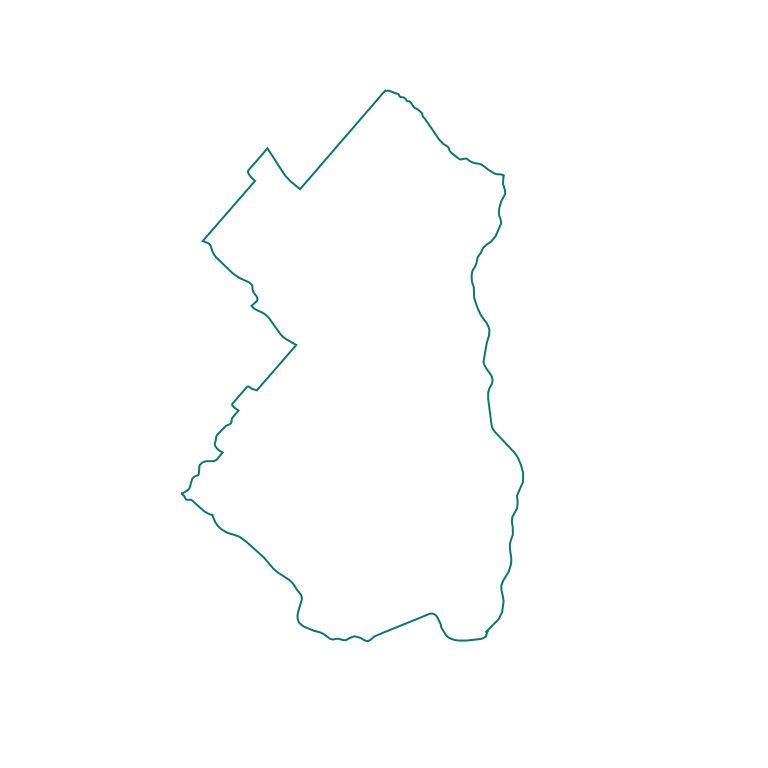 Lunda Norte, Equal Earth projection, rotated 311°
{"feature_id": "AGO-1874", "entity_name": "Lunda Norte", "entity_type": "Province", "adm_level": 1, "iso_a3": "AGO", "parent_name": "Angola", "parent_adm1": "", "projection": "equal_earth", "projection_center": [19.689, -8.666], "detail": "fine", "context": "isolated", "style": "outline", "palette": "teal", "viewbox_px": 768, "rotation_deg": 311, "n_neighbors": 0, "source": "natural_earth", "source_scale": "10m", "svg_char_len": 4498}
<svg xmlns="http://www.w3.org/2000/svg" viewBox="0 0 768 768"><g transform="rotate(311 384 384)"><path d="M485.4,141.4L483.0,149.9L480.1,159.7L478.5,165.4L476.4,173.0L475.7,179.5L475.8,186.0L476.0,192.9L480.8,192.8L488.3,192.8L495.8,192.8L503.3,192.8L510.8,192.7L518.3,192.7L525.8,192.7L533.3,192.6L540.7,192.6L548.3,192.6L555.7,192.6L563.2,192.5L570.8,192.5L578.2,192.5L585.8,192.5L593.3,192.4L600.8,192.4L604.2,192.4L606.3,192.5L606.3,192.9L606.7,193.6L607.3,193.9L608.1,194.6L608.8,195.7L611.1,202.3L611.7,203.2L612.2,204.5L612.0,205.6L611.5,206.6L611.2,207.4L611.8,208.9L612.6,209.9L613.2,210.9L613.4,212.7L613.3,213.5L612.8,214.8L612.6,215.5L612.9,216.3L613.9,217.5L614.1,218.3L613.9,220.1L613.0,222.9L612.6,224.5L612.6,226.3L612.8,227.1L613.1,227.9L613.4,229.2L613.4,234.5L613.0,235.5L611.5,237.6L611.2,238.4L611.0,241.0L610.5,242.7L609.8,245.5L608.6,250.2L607.3,255.3L606.4,258.4L605.3,262.8L604.7,265.1L604.1,271.2L604.7,274.8L604.9,276.4L604.5,278.0L603.0,280.8L602.7,282.1L603.0,291.6L603.4,294.0L604.4,295.1L607.7,297.6L608.3,299.2L608.6,302.6L609.2,305.3L610.4,307.8L612.9,311.8L613.6,313.7L613.9,316.0L614.1,321.9L615.2,328.6L616.0,331.0L619.0,335.0L620.0,337.6L619.3,338.1L619.2,338.1L618.9,338.0L613.2,342.5L611.5,345.3L609.4,348.4L607.1,350.7L598.8,352.6L592.6,355.5L589.2,357.8L586.9,360.2L586.2,361.3L585.6,362.6L584.1,364.8L582.1,367.0L568.8,371.3L561.8,371.4L556.5,370.0L551.8,369.5L546.0,371.2L543.8,371.2L540.9,371.7L535.5,374.6L532.7,375.6L528.2,376.3L526.3,377.1L523.2,379.1L519.0,383.1L515.9,388.3L508.4,395.3L503.3,403.6L499.9,411.0L498.9,414.3L497.4,421.2L496.0,424.9L493.7,428.4L489.2,431.6L482.1,434.8L466.2,444.4L464.8,446.0L463.7,448.6L462.7,451.6L461.2,457.9L460.2,460.8L458.2,463.4L455.0,465.3L449.4,466.6L446.0,468.2L441.5,472.0L425.8,489.6L423.5,492.3L422.4,493.8L421.4,495.7L420.6,499.3L417.9,526.8L417.2,530.2L416.0,533.9L412.7,540.6L408.2,547.3L401.4,553.1L386.9,557.7L383.3,561.6L380.8,563.7L377.6,565.9L367.9,568.1L364.1,570.7L360.1,575.4L354.8,580.1L347.4,583.1L345.1,584.6L341.9,587.5L336.7,593.6L334.2,596.0L331.5,597.9L324.3,601.2L314.1,602.9L311.5,603.7L308.6,605.0L305.4,608.0L300.9,614.1L298.3,617.0L289.3,622.8L281.7,624.8L263.1,623.6L265.0,624.6L262.0,625.7L260.1,626.6L257.5,625.7L255.0,624.3L244.7,614.8L239.4,608.7L237.2,605.3L235.7,601.7L234.9,598.4L235.2,595.2L237.0,589.3L238.1,586.6L239.8,584.6L242.4,578.7L243.4,575.4L243.2,572.6L242.0,570.5L240.9,569.4L196.8,547.1L187.2,542.3L184.2,542.0L180.2,541.1L178.4,539.1L177.5,536.4L177.1,533.2L174.5,527.6L172.4,526.0L168.1,524.1L166.2,523.5L165.0,522.6L163.7,520.8L162.7,518.4L161.3,516.0L157.5,512.9L156.3,510.5L155.9,504.5L155.6,502.0L155.2,500.3L153.7,496.7L151.8,493.1L148.5,483.1L148.0,479.4L148.3,476.0L150.0,473.0L152.3,470.8L154.9,469.1L167.1,463.5L168.8,462.3L170.4,459.6L171.6,453.2L173.8,445.8L174.0,441.1L172.1,427.9L172.0,424.1L172.1,421.3L172.7,417.3L174.3,406.9L174.6,382.8L173.8,374.8L172.2,370.6L170.3,366.6L168.8,362.7L167.8,357.6L167.7,353.7L168.2,350.1L169.2,346.9L170.5,344.3L171.2,342.6L172.7,340.3L171.6,338.7L170.6,335.3L170.0,331.8L170.2,314.4L167.8,311.9L167.0,310.4L167.5,308.7L168.2,307.1L168.4,305.6L168.3,304.1L168.5,302.4L168.5,302.5L169.3,303.7L175.1,305.6L178.0,305.5L186.7,301.4L189.8,301.7L193.3,303.5L194.6,303.3L201.0,298.5L202.6,298.1L206.1,298.6L209.1,300.5L214.4,306.5L217.1,307.4L226.4,307.1L225.7,303.6L225.8,299.7L226.8,296.5L228.6,295.0L230.2,294.5L234.4,291.8L236.1,291.5L243.8,291.9L248.8,292.2L252.7,294.1L254.0,294.2L255.6,293.6L257.8,292.0L259.5,291.7L265.9,291.6L266.5,291.7L268.5,291.6L268.0,286.4L268.2,283.7L269.4,282.5L276.9,282.5L284.9,282.5L292.3,282.5L293.2,283.3L293.7,287.2L294.3,288.9L295.9,292.2L300.5,292.2L313.6,292.2L326.8,292.2L339.9,292.2L353.1,292.2L355.9,292.2L353.7,281.4L353.3,277.9L353.6,273.5L355.1,267.2L356.1,263.0L358.2,254.5L358.5,250.8L358.5,247.5L357.7,243.9L356.5,240.2L355.7,236.5L355.9,232.8L363.0,233.6L365.0,233.0L366.4,230.9L367.5,225.5L368.9,223.0L369.0,222.9L372.1,219.7L372.2,215.4L369.4,206.1L368.6,201.4L368.3,197.0L369.4,174.5L370.4,170.0L371.6,167.4L374.5,162.6L375.1,160.4L374.9,158.9L373.0,153.4L378.4,153.4L382.7,153.4L387.0,153.4L391.4,153.4L395.7,153.4L400.0,153.4L404.4,153.4L408.7,153.4L413.0,153.4L417.4,153.4L418.5,153.4L421.7,153.4L426.0,153.4L430.4,153.4L434.7,153.4L439.0,153.4L443.3,153.4L447.7,153.4L452.7,153.4L452.6,151.4L453.1,146.8L453.6,144.8L454.4,142.7L455.3,141.8L456.5,141.5L461.9,141.5L470.5,141.5L479.4,141.5L485.4,141.4Z" fill="none" stroke="#0f766e" stroke-width="2"/></g></svg>